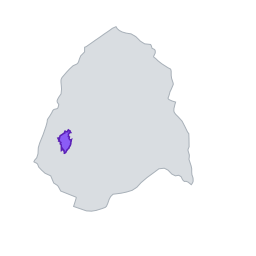 location of Murehwa, Mashonaland East, Zimbabwe, rotated 199°
{"feature_id": "62879985B35130574204282", "entity_name": "Murehwa", "entity_type": "district", "adm_level": 2, "iso_a3": "ZWE", "parent_name": "Zimbabwe", "parent_adm1": "Mashonaland East", "projection": "equal_earth", "projection_center": [31.759, -17.8], "detail": "fine", "context": "in_parent", "style": "filled", "palette": "violet", "viewbox_px": 256, "rotation_deg": 199, "n_neighbors": 0, "source": "geoboundaries", "source_scale": "gbopen_adm2", "svg_char_len": 4710}
<svg xmlns="http://www.w3.org/2000/svg" viewBox="0 0 256 256"><g transform="rotate(199 128 128)"><path d="M172.3,219.9L170.5,218.4L168.0,217.4L164.9,216.9L160.8,217.1L155.7,218.0L150.3,216.9L144.5,214.1L139.7,213.0L134.0,214.3L133.8,214.3L132.8,213.4L131.2,211.2L128.6,210.9L127.8,210.4L127.3,209.6L126.9,208.6L126.7,207.5L127.1,204.0L126.9,203.6L126.2,203.2L124.7,202.8L121.3,201.2L116.9,199.7L109.9,198.0L107.1,197.6L106.5,197.1L105.7,195.8L104.3,191.8L103.0,189.2L99.9,185.1L99.4,183.9L99.6,180.6L99.8,178.0L100.1,175.8L99.9,173.7L99.8,171.2L99.9,169.4L99.5,168.7L98.4,168.2L95.2,167.9L91.4,168.0L91.3,165.4L90.9,161.3L90.2,159.0L89.3,157.8L87.5,156.5L84.0,154.8L79.1,152.1L75.0,148.2L70.2,143.4L68.7,142.5L66.9,137.9L64.1,130.1L64.3,127.5L63.9,126.2L61.2,122.4L60.6,120.4L60.2,118.3L56.0,112.7L54.5,110.2L53.4,107.0L52.3,104.5L51.4,103.5L50.2,101.8L49.4,99.8L49.0,98.3L49.3,96.3L49.7,95.0L53.6,96.4L55.7,96.5L57.4,95.8L59.5,96.8L62.0,99.3L64.7,99.8L67.6,98.2L71.5,98.7L76.5,101.2L80.6,101.8L85.5,99.5L89.8,93.2L93.9,87.3L97.9,80.5L100.3,74.9L103.8,70.4L108.5,67.0L113.3,64.1L120.6,60.5L122.1,57.5L122.6,54.3L122.6,49.8L122.9,46.9L123.7,45.5L124.9,44.5L126.5,43.2L131.3,39.7L135.4,37.5L140.3,36.1L145.7,36.1L151.0,36.1L153.9,36.1L154.0,40.4L154.2,45.3L154.8,45.7L158.7,45.9L165.0,46.2L171.1,46.5L175.0,50.1L176.3,50.8L180.3,51.8L185.5,57.6L191.7,58.2L195.9,60.0L199.7,62.0L201.8,64.5L203.2,65.0L205.1,65.2L206.0,65.4L205.8,67.2L204.6,70.1L204.7,74.3L206.4,80.2L206.6,85.3L206.1,94.2L206.1,102.9L206.3,106.0L206.5,108.0L206.9,109.2L206.8,110.4L205.8,114.1L205.0,117.9L204.9,119.4L204.6,120.5L204.0,121.5L201.3,123.2L200.8,124.3L200.9,126.3L201.2,127.9L202.2,128.5L203.4,129.5L203.9,130.7L203.9,132.0L203.5,134.5L202.4,138.5L203.5,143.1L204.7,146.0L206.3,149.5L207.0,151.6L207.0,153.2L206.7,154.6L204.2,160.9L202.4,164.9L200.2,169.0L197.3,171.7L196.6,172.9L196.3,174.4L196.4,177.5L196.2,180.8L193.8,185.8L195.3,190.2L194.9,190.6L194.1,191.2L190.6,196.0L187.0,201.0L184.3,204.6L181.4,208.7L178.0,213.2L175.2,217.2L172.3,219.9Z" fill="#d9dde1" stroke="#a8b0b8" stroke-width="1"/><path d="M177.7,98.7L178.3,98.1L179.1,97.9L179.4,98.1L180.4,98.9L180.4,99.2L180.4,99.3L180.4,99.5L180.4,99.8L180.5,99.9L180.5,100.1L180.5,100.4L180.5,100.5L181.6,100.5L181.6,101.1L181.9,101.8L182.1,102.2L182.3,102.7L182.2,102.9L182.2,103.0L182.1,103.3L182.0,103.5L182.0,103.8L182.1,104.0L181.6,104.4L181.2,104.8L180.6,105.1L181.6,105.9L182.0,106.2L182.0,106.4L182.5,106.3L182.8,106.4L182.9,106.5L183.0,106.4L183.3,106.5L183.5,106.6L183.8,106.8L183.9,106.6L183.9,106.4L184.0,106.2L183.9,106.1L184.0,106.1L184.0,105.9L184.0,105.7L184.1,105.4L184.1,105.2L184.1,104.9L184.1,104.7L184.4,104.5L185.2,104.5L185.7,104.5L186.0,104.5L186.5,104.6L186.6,104.0L186.6,103.5L186.2,103.0L186.1,102.8L186.3,102.7L186.5,102.5L186.6,102.4L186.8,102.2L187.0,102.1L187.0,101.9L187.3,101.7L187.5,101.4L187.6,101.2L187.7,100.9L187.8,100.9L187.9,100.7L188.0,100.7L188.3,100.2L188.6,99.9L188.7,99.6L188.8,99.6L189.0,99.3L189.2,99.1L189.3,99.1L189.4,98.9L189.5,98.8L189.6,98.7L189.6,98.4L189.7,98.2L189.6,97.9L189.6,97.7L189.6,97.4L189.6,97.2L189.7,96.9L189.8,96.8L189.8,96.7L189.7,96.6L189.7,96.4L189.8,96.3L189.9,96.2L190.0,96.1L190.4,95.9L190.5,95.7L190.8,95.7L191.0,95.6L190.1,94.7L189.4,95.3L189.4,94.5L189.2,94.5L188.8,94.0L189.1,93.6L189.2,93.4L189.3,93.1L188.9,93.0L186.7,92.5L186.7,92.3L186.8,92.1L186.8,91.9L186.8,91.7L186.9,91.4L187.0,91.2L186.8,90.8L186.0,90.5L185.7,90.4L185.6,90.2L185.3,89.5L184.4,86.9L184.2,86.5L183.8,85.3L183.7,85.1L183.1,86.4L183.2,86.8L183.1,86.7L183.1,86.8L183.0,86.7L182.9,86.8L182.7,86.7L182.6,86.8L182.4,86.8L182.2,86.6L181.9,86.4L181.7,86.2L181.5,85.9L181.4,85.9L181.2,85.9L181.2,85.7L181.1,85.4L181.0,85.2L180.9,85.1L180.7,84.8L180.6,84.7L180.4,84.4L180.2,84.2L180.0,83.9L179.9,83.8L179.9,83.7L180.0,83.5L180.0,83.4L179.9,83.4L179.8,83.5L179.7,83.5L179.6,83.9L179.4,83.9L179.3,84.0L179.2,84.3L179.0,84.5L178.9,84.6L178.9,84.8L179.0,84.9L179.0,85.0L178.9,85.2L178.8,85.3L178.8,85.5L178.8,85.8L178.7,86.1L178.7,86.3L178.7,86.5L178.7,86.8L178.6,87.0L178.4,87.3L178.2,87.5L178.2,87.8L178.3,87.9L178.2,88.0L178.1,88.3L177.9,88.6L177.8,88.8L177.7,89.0L177.5,89.3L177.5,89.5L177.4,89.6L177.5,89.7L177.5,89.8L177.5,90.0L177.4,90.1L177.4,90.3L177.3,90.5L177.3,90.8L177.3,91.0L177.3,91.3L177.3,91.5L177.2,91.5L177.1,91.8L177.0,92.1L176.9,92.4L177.0,92.5L177.0,92.8L177.0,93.0L176.9,93.2L176.9,93.5L176.9,93.8L176.9,94.0L176.9,94.3L177.0,94.3L177.1,94.5L177.1,94.8L177.2,95.0L177.3,95.0L177.3,95.3L177.3,95.5L177.3,95.8L177.3,96.0L177.5,96.3L177.4,96.4L177.4,96.5L177.5,96.7L177.4,96.8L177.5,97.1L177.5,97.5L177.6,97.8L177.7,98.0L177.7,98.3L177.7,98.6L177.7,98.7Z" fill="#8b5cf6" stroke="#5b21b6" stroke-width="1.5"/></g></svg>